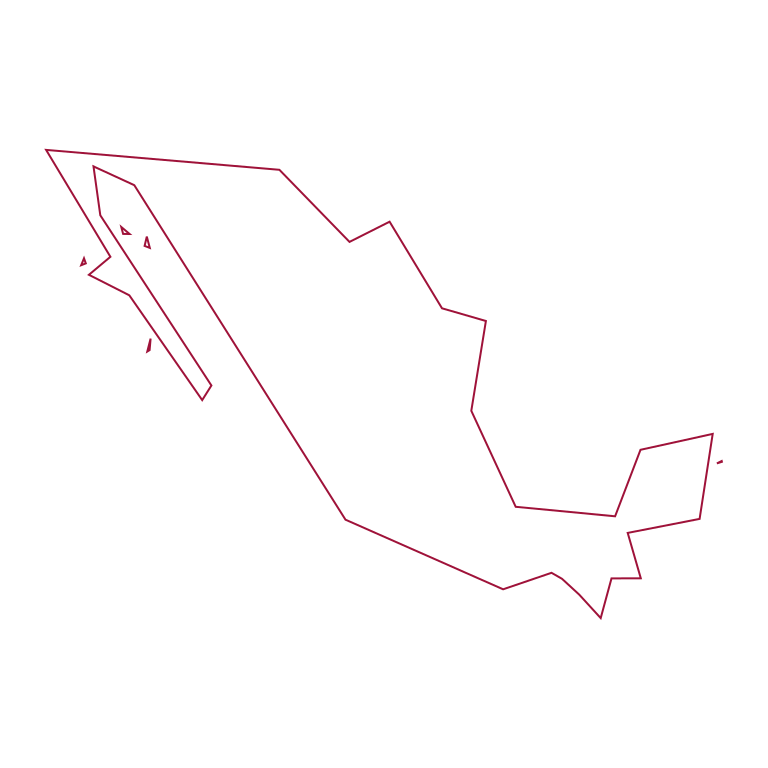 Mexico, Robinson projection
{"feature_id": "MEX", "entity_name": "Mexico", "entity_type": "country or territory", "adm_level": 0, "iso_a3": "MEX", "parent_name": "North America", "parent_adm1": "", "projection": "robinson", "projection_center": [-103.635, 23.63], "detail": "coarse", "context": "isolated", "style": "outline", "palette": "rose", "viewbox_px": 768, "rotation_deg": 0, "n_neighbors": 0, "source": "natural_earth", "source_scale": "50m", "svg_char_len": 724}
<svg xmlns="http://www.w3.org/2000/svg" viewBox="0 0 768 768"><path d="M46.1,149.9L279.4,169.8L349.5,241.9L389.6,221.7L442.0,308.3L485.9,321.0L471.3,410.8L515.7,506.8L615.1,516.3L640.5,449.8L712.7,433.9L699.6,518.9L627.7,532.9L640.8,578.3L611.5,578.4L600.7,618.1L579.2,594.6L562.0,578.8L551.5,572.8L503.1,589.3L345.5,519.7L134.3,185.2L93.5,166.4L100.3,215.3L211.4,385.5L202.2,400.1L129.3,295.3L88.9,274.8L110.4,256.8L46.1,149.9ZM146.8,236.6L149.8,247.9L144.6,245.9L146.8,236.6ZM129.6,234.0L123.1,233.9L121.3,227.0L129.6,234.0ZM721.9,461.8L716.9,463.4L721.7,461.0L721.9,461.8ZM149.6,350.1L147.3,351.5L150.6,338.6L149.6,350.1ZM85.8,263.4L81.2,265.2L84.0,258.3L85.8,263.4Z" fill="none" stroke="#9f1239" stroke-width="2"/></svg>